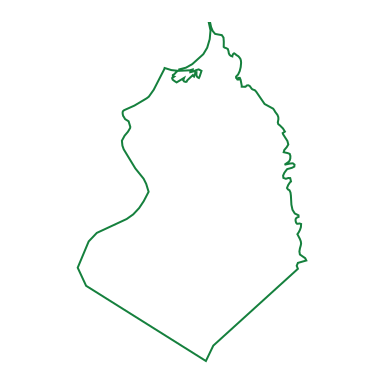 the border of Al Buhayrah
{"feature_id": "EGY-1541", "entity_name": "Al Buhayrah", "entity_type": "Governorate", "adm_level": 1, "iso_a3": "EGY", "parent_name": "Egypt", "parent_adm1": "", "projection": "orthographic", "projection_center": [30.434, 30.698], "detail": "fine", "context": "isolated", "style": "outline", "palette": "green", "viewbox_px": 384, "rotation_deg": 0, "n_neighbors": 0, "source": "natural_earth", "source_scale": "10m", "svg_char_len": 2685}
<svg xmlns="http://www.w3.org/2000/svg" viewBox="0 0 384 384"><path d="M164.6,68.0L171.4,70.1L178.0,70.8L176.5,71.8L174.4,74.1L172.9,75.0L172.8,76.1L173.1,76.4L173.6,76.4L174.2,76.6L172.1,78.1L172.7,79.7L174.7,81.2L176.6,82.4L184.1,77.9L183.2,80.3L184.2,81.5L185.7,81.9L186.6,81.7L187.3,80.3L192.8,75.1L193.3,76.1L194.0,76.6L194.4,75.4L194.8,74.7L195.1,73.9L195.3,72.2L196.5,72.2L196.4,74.4L196.7,76.2L197.6,77.3L198.9,78.0L199.6,76.6L201.5,70.9L198.7,69.4L196.2,70.1L193.5,71.4L190.3,72.2L190.3,70.9L190.9,70.8L192.2,71.0L192.8,70.9L192.8,69.4L189.9,70.3L179.2,70.8L179.2,69.4L185.9,67.7L192.3,64.1L203.3,54.2L207.2,47.7L209.7,39.2L210.5,30.4L208.9,23.0L210.2,23.0L211.1,27.1L212.7,31.0L215.1,33.9L218.8,34.6L218.7,34.5L218.8,34.6L221.8,35.1L223.5,37.6L223.8,41.7L223.7,46.9L224.5,47.6L226.1,48.1L227.8,49.0L228.5,51.2L228.8,53.2L229.5,54.7L230.7,55.8L232.3,56.4L232.4,55.7L233.0,54.2L234.1,53.3L235.5,54.2L236.3,55.0L237.8,55.9L238.5,56.4L239.5,57.6L240.4,58.9L240.9,60.6L241.1,62.8L240.7,67.1L239.7,71.1L238.1,74.5L236.1,76.6L236.1,77.9L236.8,78.4L236.9,78.6L237.0,78.9L237.4,79.5L238.5,79.5L238.5,77.9L239.8,77.9L240.6,79.8L241.7,85.5L241.7,86.7L244.8,86.8L244.8,86.7L245.7,86.6L246.3,86.0L247.0,85.4L248.4,85.3L249.8,86.1L251.8,88.9L252.8,89.5L254.8,90.2L256.2,91.7L264.6,104.0L273.2,108.7L274.5,110.6L275.0,111.6L277.5,115.0L278.3,117.1L278.4,119.2L277.8,122.4L278.3,124.2L279.9,125.4L283.0,128.5L284.9,131.6L282.7,133.1L283.1,134.3L287.4,141.0L288.3,144.5L286.7,147.2L284.3,150.0L283.7,152.2L287.7,153.1L289.7,153.9L290.4,156.0L290.3,158.4L289.7,160.4L288.8,161.7L284.6,164.7L290.2,163.5L292.8,163.3L294.5,164.6L294.3,166.6L292.0,167.8L287.2,169.1L286.2,170.3L284.4,172.7L283.1,175.6L283.4,177.9L285.9,178.8L288.3,178.0L290.2,178.1L291.0,181.5L290.0,182.3L288.2,185.0L287.0,188.0L287.9,189.4L289.5,190.3L290.5,192.6L290.9,195.7L291.4,204.7L292.5,209.8L294.8,213.5L298.5,215.3L298.6,216.9L296.5,217.8L295.6,219.2L295.6,220.9L296.1,222.7L297.1,223.8L298.2,223.7L299.6,223.5L301.1,224.0L300.9,227.1L300.0,229.8L298.7,232.3L297.4,234.2L299.9,239.0L300.8,241.4L301.1,243.6L300.7,245.7L299.9,248.5L299.4,251.5L299.9,254.5L305.2,258.2L306.3,260.5L297.9,262.9L296.7,265.8L297.9,268.8L213.3,345.6L205.9,361.0L86.1,285.8L77.7,267.7L88.7,241.4L96.8,232.9L126.7,219.0L133.2,214.4L139.1,208.1L143.7,201.2L148.6,191.8L146.2,183.9L143.6,178.7L135.3,168.4L123.7,149.3L122.4,145.6L121.9,140.7L124.6,135.7L127.9,131.8L130.1,128.1L130.3,126.9L128.6,121.3L125.1,119.1L123.9,117.0L123.2,116.0L123.0,115.2L122.8,114.6L122.6,112.9L122.7,112.0L122.9,111.3L123.2,111.0L124.1,110.2L134.4,105.6L146.7,98.3L148.8,96.7L153.7,89.8L164.2,69.3L164.6,68.0Z" fill="none" stroke="#15803d" stroke-width="2"/></svg>